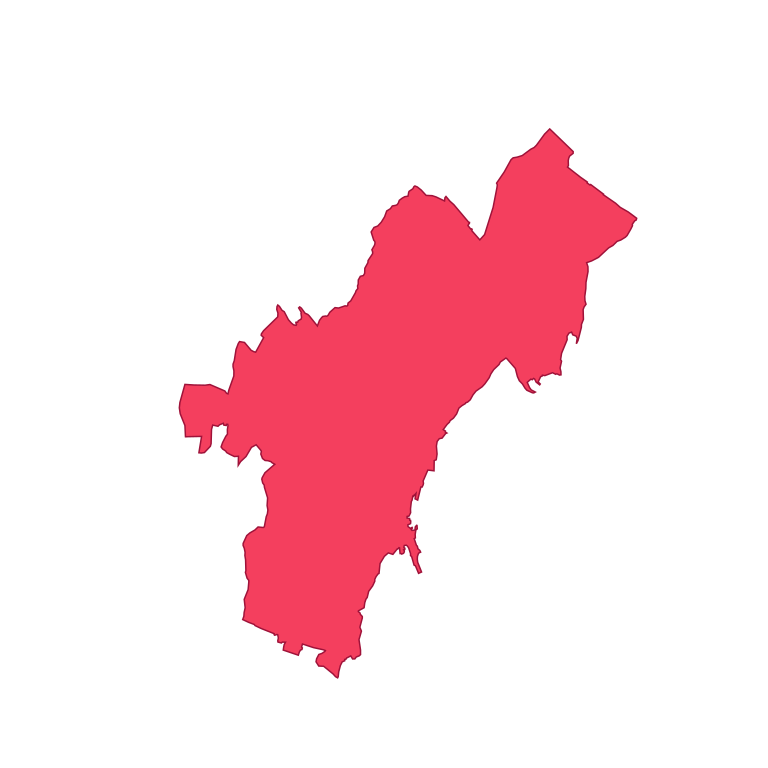 the district of Voloiac, Mehedinti, Romania, rotated 108°
{"feature_id": "2599482B70706234168944", "entity_name": "Voloiac", "entity_type": "district", "adm_level": 2, "iso_a3": "ROU", "parent_name": "Romania", "parent_adm1": "Mehedinti", "projection": "natural_earth1", "projection_center": [23.067, 44.63], "detail": "fine", "context": "isolated", "style": "filled", "palette": "rose", "viewbox_px": 768, "rotation_deg": 108, "n_neighbors": 0, "source": "geoboundaries", "source_scale": "gbopen_adm2", "svg_char_len": 6169}
<svg xmlns="http://www.w3.org/2000/svg" viewBox="0 0 768 768"><g transform="rotate(108 384 384)"><path d="M496.1,556.3L495.5,556.3L495.0,555.1L490.2,541.3L506.6,538.8L506.1,536.4L504.7,533.6L496.9,529.9L494.2,530.0L480.5,534.0L476.0,534.2L475.5,528.8L473.6,527.8L471.0,524.7L472.6,523.6L472.2,521.2L471.0,521.3L470.6,520.2L471.8,519.5L475.7,518.9L480.1,517.4L482.6,518.3L489.5,519.4L494.2,519.5L495.7,517.4L496.7,513.8L497.8,512.5L498.5,509.1L499.2,503.9L497.7,500.1L506.3,497.5L502.1,496.4L495.6,492.8L485.2,490.5L481.3,486.8L485.3,480.4L486.1,479.8L488.7,479.5L492.4,476.5L493.5,473.5L492.8,470.6L492.8,467.4L493.4,466.4L494.1,463.1L505.2,469.8L510.7,470.9L512.3,470.8L515.6,468.8L517.2,466.7L519.2,465.8L528.3,459.5L535.8,457.6L539.7,455.5L543.6,454.8L546.6,455.0L556.8,453.7L557.8,454.5L558.9,459.6L562.8,461.7L567.0,465.5L570.6,467.7L579.1,468.7L581.1,468.1L583.3,466.2L587.0,464.1L590.1,463.3L594.0,461.3L604.1,457.7L606.0,457.6L611.0,454.2L612.5,452.0L613.7,451.5L621.5,449.7L632.0,450.4L639.7,446.9L644.6,446.4L648.2,445.5L651.7,445.6L652.5,439.2L652.8,433.1L653.6,432.0L654.5,425.2L655.4,411.3L656.4,411.0L656.7,410.3L655.3,408.4L655.3,407.6L658.2,406.0L661.0,405.7L662.2,405.1L662.0,401.5L660.9,401.0L660.0,397.9L662.7,398.4L665.3,398.1L668.2,397.6L668.2,396.8L668.4,381.7L665.0,381.7L662.9,381.2L661.9,380.0L660.2,380.1L659.7,381.1L656.5,381.2L656.5,369.6L655.5,359.6L655.6,357.4L656.6,357.6L659.3,359.7L661.4,362.4L666.1,363.2L669.2,362.8L672.4,358.9L671.1,354.2L675.5,342.8L677.3,339.7L677.8,337.3L676.5,337.1L671.8,338.1L665.3,338.5L661.2,337.9L659.3,335.8L658.1,336.3L657.4,335.1L656.2,334.9L652.9,331.6L655.2,328.9L654.5,326.8L652.2,326.0L650.1,323.5L648.6,322.7L644.3,324.1L634.8,328.8L626.0,329.1L622.8,331.8L613.3,332.3L611.8,332.8L610.3,335.4L609.2,336.0L608.4,338.1L607.6,338.2L602.9,333.8L597.9,334.7L594.3,334.7L592.2,334.0L585.9,334.5L579.5,332.4L574.4,331.8L572.6,332.4L569.6,332.0L566.5,331.0L565.7,330.2L556.0,332.3L547.8,330.4L543.3,327.7L543.3,322.9L536.7,320.4L536.7,319.9L535.0,319.2L535.0,318.6L540.3,316.3L540.0,315.2L540.3,314.6L539.0,313.1L537.4,312.8L536.2,313.2L535.6,314.2L535.0,313.9L534.8,313.1L533.7,313.4L533.2,314.7L531.3,314.8L530.4,313.0L530.9,311.6L532.4,309.8L537.2,306.3L538.9,305.8L539.7,304.3L547.0,299.4L547.2,297.9L553.4,292.6L551.2,290.2L543.1,296.9L540.3,298.2L537.7,298.9L535.1,298.9L533.9,298.6L532.6,297.2L531.2,298.5L530.2,300.8L527.9,302.2L527.4,303.3L521.7,307.5L520.7,306.6L517.6,307.8L513.0,308.6L511.5,307.6L508.3,308.9L508.3,309.3L510.2,310.1L513.4,309.4L514.6,312.2L514.0,313.1L512.2,312.5L511.7,313.0L513.1,314.2L512.2,317.1L510.6,317.8L508.6,315.6L506.7,316.0L505.5,316.6L505.6,317.4L504.0,318.1L504.4,320.6L502.8,321.1L501.9,319.4L498.2,318.9L494.6,320.2L487.3,321.7L485.8,321.4L481.7,322.0L480.9,321.4L481.5,321.2L478.2,319.8L483.6,319.0L484.0,316.1L470.6,317.1L470.2,315.9L467.8,315.6L466.4,315.7L464.1,316.8L452.3,315.7L451.1,309.6L441.3,312.6L439.9,310.9L434.2,311.9L426.8,315.0L422.2,315.7L418.9,314.5L417.5,312.0L412.1,310.1L411.2,309.1L410.8,310.8L409.8,311.0L409.1,313.6L402.9,311.5L400.2,310.0L398.4,309.8L395.0,307.4L390.0,305.7L383.8,305.3L380.5,303.2L377.4,300.5L376.5,300.4L375.4,298.9L372.4,297.1L366.8,296.0L362.3,294.3L356.3,289.8L352.6,288.1L345.6,285.9L341.4,285.5L336.4,284.1L329.9,280.6L327.2,280.2L321.7,276.1L321.9,275.1L328.6,263.9L335.7,259.4L339.1,256.3L341.2,252.3L344.4,248.6L345.8,246.2L346.5,240.2L346.2,238.8L344.9,237.6L344.1,242.2L342.4,244.5L338.2,248.3L334.0,245.8L334.1,244.3L332.5,243.5L332.7,242.3L335.2,239.9L336.7,235.7L335.7,235.4L334.4,238.0L328.6,237.3L327.7,236.1L326.7,236.1L326.3,233.6L321.2,227.2L321.7,223.7L321.1,223.2L320.9,222.3L321.3,219.9L320.6,218.5L317.7,219.5L314.4,221.5L307.4,222.2L306.2,223.6L299.9,224.6L285.3,223.5L282.1,224.7L278.4,223.8L276.7,221.6L278.9,219.7L279.1,216.1L280.8,214.4L286.3,213.5L282.6,212.9L269.1,213.8L266.3,214.6L260.9,214.3L251.7,217.6L248.9,217.5L245.7,216.5L242.7,218.6L238.7,220.1L231.0,221.5L224.9,223.3L214.0,224.7L209.4,226.3L206.0,228.8L202.8,224.6L197.2,219.1L185.1,212.4L181.5,209.1L176.3,206.4L173.9,203.3L169.8,199.8L167.7,198.7L160.7,197.2L156.7,196.6L155.4,197.2L151.4,196.0L150.1,194.8L148.3,194.9L144.9,204.9L143.0,213.9L140.5,219.6L136.2,234.0L135.6,233.9L130.4,249.1L131.1,249.6L130.0,253.0L129.1,253.0L126.6,261.1L121.0,276.5L119.3,276.1L114.6,277.8L112.0,278.1L109.9,277.9L106.2,275.4L104.5,275.9L90.2,305.2L96.7,308.5L109.8,312.8L112.7,314.3L115.4,317.0L124.0,323.1L127.1,327.5L129.0,331.1L131.4,332.5L145.3,335.2L158.2,339.0L159.5,337.8L162.1,337.3L182.4,334.8L210.8,334.5L217.3,337.4L211.1,347.8L209.6,348.0L209.4,348.9L209.8,349.4L207.4,353.1L205.5,352.9L205.1,352.4L203.9,352.6L203.9,353.6L191.8,373.1L189.8,377.7L186.5,383.0L187.9,383.6L191.2,383.0L190.0,392.3L190.0,396.4L191.6,402.2L188.0,408.6L186.3,413.2L186.1,415.8L187.0,416.5L189.4,416.9L192.9,419.6L193.8,419.8L197.9,419.2L199.5,422.2L201.7,424.2L204.6,426.2L207.5,426.3L209.4,426.9L210.4,428.0L212.1,431.1L215.3,432.1L218.6,434.9L224.8,435.1L231.0,436.6L235.7,438.8L238.2,441.9L243.4,443.2L250.4,438.2L251.1,437.0L252.5,436.1L254.9,435.9L260.1,437.0L261.9,435.6L263.6,435.1L271.5,437.3L273.6,436.8L279.8,438.0L284.7,436.6L287.2,437.1L288.9,439.8L293.0,440.6L297.0,439.4L298.9,439.5L301.3,438.4L303.9,439.4L306.0,439.4L315.2,441.3L318.1,443.2L320.6,442.8L321.4,443.5L321.7,445.2L325.8,450.7L326.5,454.2L332.5,457.7L336.2,458.5L337.3,459.5L337.4,460.6L338.7,463.1L340.2,463.9L343.4,465.0L349.4,465.3L342.3,476.1L341.4,478.0L341.1,480.9L337.4,486.0L336.7,488.0L338.0,488.7L341.4,484.8L342.4,484.8L346.1,483.0L347.9,482.9L350.4,485.1L352.1,485.2L352.3,486.7L353.0,486.8L354.6,485.5L355.4,485.7L355.7,488.3L354.7,490.9L352.4,494.8L346.1,501.2L345.4,503.8L342.5,507.4L341.7,509.4L343.4,509.7L346.3,509.0L349.3,506.8L353.0,505.8L370.5,515.0L374.2,516.1L375.6,515.9L377.1,512.8L393.4,515.9L393.5,517.8L393.0,520.8L387.6,529.5L388.3,534.5L390.5,535.1L396.8,535.4L408.1,533.6L411.7,533.7L414.2,532.9L417.9,530.8L422.8,529.3L438.0,529.7L441.6,529.3L441.5,530.9L439.8,533.2L438.3,549.4L440.4,553.7L443.7,564.5L445.9,573.2L464.6,572.4L469.9,571.3L475.3,568.6L485.0,560.5L496.1,556.3Z" fill="#f43f5e" stroke="#9f1239" stroke-width="1.5"/></g></svg>